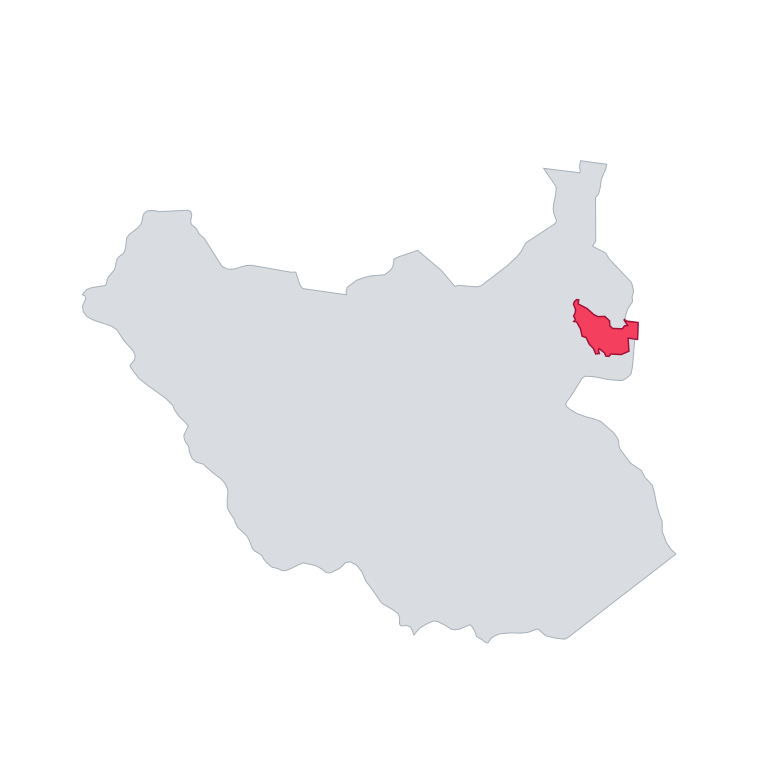 Longochuk, Upper Nile, South Sudan (highlighted), rotated 7°
{"feature_id": "79223893B31888405901503", "entity_name": "Longochuk", "entity_type": "district", "adm_level": 2, "iso_a3": "SSD", "parent_name": "South Sudan", "parent_adm1": "Upper Nile", "projection": "albers", "projection_center": [33.507, 9.303], "detail": "fine", "context": "in_parent", "style": "filled", "palette": "rose", "viewbox_px": 768, "rotation_deg": 7, "n_neighbors": 0, "source": "geoboundaries", "source_scale": "gbopen_adm2", "svg_char_len": 4380}
<svg xmlns="http://www.w3.org/2000/svg" viewBox="0 0 768 768"><g transform="rotate(7 384 384)"><path d="M621.7,589.2L598.7,612.1L597.1,613.5L594.3,615.3L584.9,615.3L575.3,614.2L566.5,608.3L557.5,612.8L551.8,614.3L548.4,614.8L540.3,615.5L529.1,617.9L523.9,621.0L521.2,623.4L518.9,627.9L517.7,628.4L515.7,627.8L512.8,626.0L506.8,623.4L503.8,617.7L501.0,614.2L498.7,612.4L489.1,618.0L484.5,619.3L480.7,619.2L473.8,615.9L466.1,613.2L462.2,613.1L456.3,616.5L449.5,621.6L446.0,626.6L444.4,629.6L442.0,624.9L439.8,622.0L436.6,620.9L430.2,622.0L428.6,620.3L428.3,616.4L427.4,612.8L425.8,610.1L420.9,607.3L408.2,601.7L398.5,590.6L393.6,585.5L390.1,582.1L385.1,573.4L379.3,567.4L372.3,564.6L367.7,565.9L362.8,572.2L353.7,578.1L349.6,578.2L344.3,574.9L337.7,572.5L325.7,571.4L320.7,574.1L314.2,578.6L308.7,581.3L305.3,581.6L302.1,580.4L298.5,579.8L295.4,579.6L289.1,575.4L285.8,572.2L283.7,569.2L280.1,567.2L275.9,565.4L272.9,562.7L271.4,559.4L269.1,555.2L266.1,551.3L256.5,544.3L253.6,540.2L251.7,536.3L247.7,531.9L243.6,526.0L242.4,517.5L242.3,510.6L241.5,507.4L239.7,504.2L237.7,501.5L234.3,498.4L226.5,493.9L218.4,488.6L214.5,485.6L207.1,484.4L202.7,481.4L199.1,474.9L197.7,469.7L194.0,465.7L192.4,462.7L191.6,459.4L194.8,449.3L190.5,445.6L184.2,440.9L179.6,435.7L176.9,430.9L168.8,424.6L151.0,415.0L140.7,408.8L135.1,403.4L130.3,398.1L129.8,396.0L133.2,390.9L133.7,386.6L131.2,381.9L120.7,372.8L112.3,362.8L105.9,359.6L90.3,356.5L85.8,355.3L81.2,353.4L76.7,348.9L75.2,343.6L77.7,335.4L76.3,332.8L73.7,332.1L74.5,330.4L77.5,326.4L82.4,323.9L95.4,320.2L96.2,318.6L96.6,313.4L97.7,310.9L102.3,303.9L103.0,301.0L103.4,294.9L104.0,292.0L105.4,290.0L109.0,286.5L110.3,284.4L110.9,279.8L110.8,270.5L112.7,266.9L121.0,258.6L123.2,255.0L124.1,251.6L124.1,248.2L124.6,244.8L127.1,241.6L129.2,240.6L135.2,239.8L139.2,240.5L167.8,235.4L171.1,236.2L172.6,239.7L172.3,245.1L172.7,247.8L174.2,249.7L178.7,252.4L181.7,256.8L183.4,258.4L187.9,261.4L208.6,286.7L214.5,289.1L220.3,288.4L232.0,283.5L237.7,282.3L278.0,284.4L282.6,283.7L282.8,283.8L288.8,296.4L291.7,299.2L335.9,300.0L335.1,296.5L335.7,292.5L343.6,285.0L344.7,284.1L351.6,280.6L358.3,278.2L371.2,275.5L375.9,271.1L378.5,267.0L378.7,258.9L380.4,257.6L383.5,255.7L398.4,248.6L400.9,247.1L426.9,264.2L441.5,277.6L442.4,278.3L443.1,278.6L443.9,278.1L444.6,277.5L446.4,276.9L452.7,276.8L464.6,276.2L468.5,274.6L492.5,251.0L498.6,243.5L500.1,241.9L503.6,236.5L507.3,227.3L508.0,226.2L534.2,204.0L535.1,202.3L535.4,200.9L531.5,193.4L530.6,189.6L530.5,183.7L531.3,174.6L531.0,168.8L530.7,167.3L530.5,166.9L516.1,150.5L552.7,150.5L552.8,148.4L552.7,147.7L552.0,145.8L551.6,143.2L551.6,141.7L551.8,140.4L551.9,139.6L551.8,139.0L551.8,138.7L551.9,138.4L578.3,138.8L577.9,143.4L574.7,154.3L574.8,160.9L574.0,168.3L573.1,170.5L571.7,172.3L571.3,173.2L571.3,174.0L576.7,215.8L576.3,217.6L574.8,220.2L574.5,221.0L574.4,221.7L575.0,222.1L587.2,226.7L587.7,226.9L588.2,227.3L592.6,232.7L616.6,252.5L617.5,253.5L619.9,259.7L620.2,260.7L620.3,262.2L620.3,263.3L619.6,267.1L619.9,268.7L620.3,269.8L620.6,271.1L620.6,271.5L620.4,272.4L616.8,279.6L615.7,284.8L615.3,289.1L615.5,291.6L615.9,293.2L616.3,293.8L616.6,294.0L627.0,294.1L627.0,296.4L628.4,334.1L628.4,338.3L628.0,343.6L626.8,345.7L623.8,348.7L620.1,351.5L610.8,352.2L602.9,352.1L597.4,351.5L589.8,351.2L582.7,351.8L580.0,354.1L570.6,374.2L567.6,379.2L566.9,382.1L567.8,383.9L571.4,386.4L579.6,390.0L588.8,392.0L595.8,392.9L600.5,393.9L604.1,395.0L617.4,404.1L621.6,408.3L624.0,412.1L624.5,416.1L626.4,420.1L638.5,432.6L650.0,438.5L654.4,445.1L658.7,448.4L662.7,451.8L664.9,457.0L669.9,472.1L673.3,480.0L676.8,486.4L678.2,496.9L680.9,501.6L683.8,507.3L688.4,512.5L693.4,516.4L694.3,517.4L644.5,566.6L621.7,589.2Z" fill="#d9dde1" stroke="#a8b0b8" stroke-width="1"/><path d="M630.2,308.9L629.7,301.5L628.7,292.0L623.6,292.0L620.5,292.0L618.1,292.0L617.1,292.0L614.8,290.7L614.5,291.2L618.7,296.2L615.7,296.9L613.8,300.2L604.0,301.0L601.0,298.5L600.2,293.9L594.9,290.0L588.1,291.1L583.7,289.5L576.3,284.3L567.0,280.9L567.0,276.7L564.8,276.8L563.0,279.0L562.3,281.6L565.1,286.9L565.1,290.1L563.9,293.5L566.1,296.6L564.8,298.8L567.6,298.8L572.4,305.5L574.8,312.4L579.0,313.3L582.9,319.5L587.5,323.2L590.5,328.4L594.1,327.5L592.8,324.8L593.3,322.7L599.0,326.2L600.9,329.3L604.0,329.1L605.5,326.6L615.8,325.9L623.1,321.6L620.7,308.7L630.2,308.9Z" fill="#f43f5e" stroke="#9f1239" stroke-width="1.5"/></g></svg>